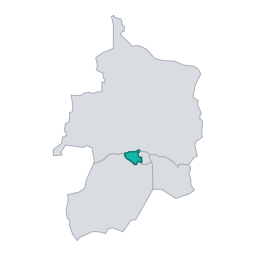 Burundi shown with its bordering countries, rotated 90°
{"feature_id": "BDI", "entity_name": "Burundi", "entity_type": "country or territory", "adm_level": 0, "iso_a3": "BDI", "parent_name": "Africa", "parent_adm1": "", "projection": "mercator", "projection_center": [29.996, -3.384], "detail": "fine", "context": "with_neighbors", "style": "filled", "palette": "teal", "viewbox_px": 256, "rotation_deg": 90, "n_neighbors": 4, "source": "natural_earth", "source_scale": "50m", "svg_char_len": 3095}
<svg xmlns="http://www.w3.org/2000/svg" viewBox="0 0 256 256"><g transform="rotate(90 128 128)"><path d="M189.3,103.1L219.7,120.3L220.2,125.0L231.7,133.0L228.0,142.9L228.5,147.5L233.6,150.4L231.7,157.4L231.6,163.7L237.7,176.8L240.6,178.6L234.3,183.3L225.5,186.5L220.7,186.3L217.9,188.8L210.2,190.0L200.6,187.7L194.5,188.4L192.3,177.3L188.0,171.3L180.1,169.7L164.0,162.5L159.6,152.4L155.0,147.8L153.4,143.2L154.2,139.0L152.7,131.6L156.1,131.2L164.1,122.4L161.8,114.8L164.1,113.8L164.6,109.1L161.4,104.6L164.2,103.6L189.3,103.1Z" fill="#d9dde1" stroke="#a8b0b8" stroke-width="1"/><path d="M152.2,121.9L154.2,139.0L153.4,143.2L155.0,147.8L159.6,152.4L164.0,162.5L160.8,161.7L147.9,164.0L145.6,169.2L147.4,172.8L145.0,190.6L152.8,195.3L155.0,193.8L155.6,202.6L149.5,202.6L143.3,194.5L137.1,193.4L135.3,189.1L130.4,191.7L124.0,190.6L121.3,186.8L112.5,186.3L112.0,183.8L105.6,183.1L95.2,184.8L95.6,175.1L93.0,172.1L92.4,167.1L93.6,162.3L91.9,159.1L91.8,154.1L82.1,154.1L82.8,151.2L78.7,151.2L78.3,152.6L73.3,153.0L70.1,159.7L65.7,158.5L57.7,160.3L52.8,153.5L48.5,142.7L24.9,142.6L16.5,144.5L15.4,142.0L17.4,141.1L19.0,135.5L21.9,133.8L24.0,134.7L26.7,131.6L31.1,131.7L31.6,133.9L34.6,135.4L46.0,123.8L45.7,117.2L49.2,109.5L58.1,101.5L59.1,98.9L60.6,93.2L61.1,81.6L65.1,72.3L66.3,61.8L69.4,57.8L73.7,55.2L85.4,60.9L97.2,63.2L100.7,57.8L104.4,58.6L113.3,54.6L116.4,56.3L119.0,56.0L120.2,54.1L123.2,53.4L134.4,54.4L137.0,53.5L141.9,60.2L145.5,61.2L155.8,58.6L157.7,62.1L164.7,67.4L164.2,76.8L167.4,77.9L161.8,82.8L157.0,90.7L156.6,97.2L154.7,100.2L154.7,106.3L152.4,108.5L150.2,118.3L152.2,121.9Z" fill="#d9dde1" stroke="#a8b0b8" stroke-width="1"/><path d="M189.3,103.1L164.2,103.6L156.6,107.1L154.7,106.3L154.7,100.2L156.6,97.2L157.0,90.7L161.8,82.8L167.4,77.9L164.2,76.8L164.7,67.4L168.0,65.2L173.1,67.0L179.5,65.1L185.2,65.1L190.1,61.5L193.9,67.0L198.4,80.3L189.2,94.6L189.3,103.1Z" fill="#d9dde1" stroke="#a8b0b8" stroke-width="1"/><path d="M161.4,104.6L164.6,109.1L164.1,113.8L161.8,114.8L157.5,114.3L155.1,118.9L150.2,118.3L152.4,108.5L154.7,106.3L156.6,107.1L161.4,104.6Z" fill="#d9dde1" stroke="#a8b0b8" stroke-width="1"/><path d="M162.5,114.7L162.3,114.9L161.6,116.4L161.4,116.7L161.5,116.8L161.8,117.1L161.6,117.6L161.4,118.1L161.5,118.5L162.2,118.9L162.9,119.0L163.7,119.4L164.3,119.4L164.4,119.7L164.4,120.1L164.5,120.5L164.5,121.2L164.4,121.8L163.5,122.0L163.0,122.3L162.9,122.5L163.0,122.7L163.1,122.9L162.3,123.5L161.4,124.3L161.2,124.8L161.1,125.4L160.8,125.8L160.2,126.4L159.5,127.5L159.2,128.3L157.6,130.0L156.2,130.9L155.8,131.2L153.3,131.2L153.1,130.0L152.7,128.3L151.8,126.9L151.7,126.2L151.8,125.0L151.8,123.4L151.7,122.5L151.7,121.8L151.8,120.7L151.8,120.0L151.3,119.2L150.5,118.4L150.2,117.9L150.1,117.6L150.1,117.3L150.3,116.9L150.5,116.4L150.8,116.3L151.6,116.5L152.4,116.9L152.8,117.9L153.1,118.0L153.7,118.0L155.2,117.9L155.6,117.9L156.3,117.7L157.0,117.3L157.2,116.9L157.3,115.9L157.5,114.3L157.8,114.2L158.8,114.8L159.0,114.9L159.5,114.6L159.9,114.3L160.2,114.3L161.3,114.0L161.9,114.5L162.3,114.7L162.5,114.7Z" fill="#14b8a6" stroke="#0f766e" stroke-width="1.5"/></g></svg>